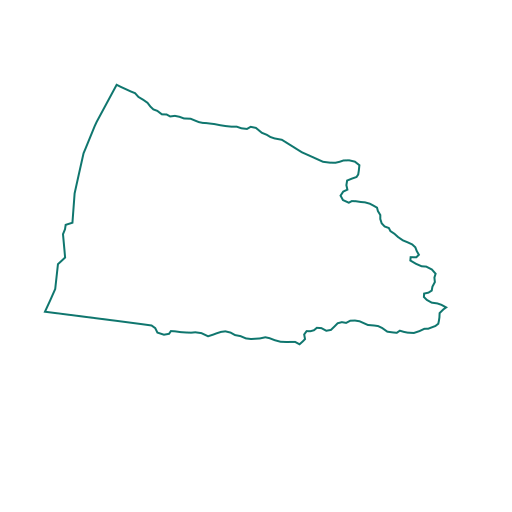 Novo Horizonte, Bahia, Brazil, rotated 289°
{"feature_id": "56859067B30979623458140", "entity_name": "Novo Horizonte", "entity_type": "district", "adm_level": 2, "iso_a3": "BRA", "parent_name": "Brazil", "parent_adm1": "Bahia", "projection": "equal_earth", "projection_center": [-42.118, -12.867], "detail": "fine", "context": "isolated", "style": "outline", "palette": "teal", "viewbox_px": 512, "rotation_deg": 289, "n_neighbors": 0, "source": "geoboundaries", "source_scale": "gbopen_adm2", "svg_char_len": 2433}
<svg xmlns="http://www.w3.org/2000/svg" viewBox="0 0 512 512"><g transform="rotate(289 256 256)"><path d="M372.5,68.5L331.1,61.7L326.4,61.2L301.4,59.8L297.0,59.5L274.6,62.0L256.2,64.1L227.7,71.6L223.5,65.9L219.1,66.7L213.8,66.4L198.7,73.2L192.4,76.0L187.5,73.4L183.8,71.4L159.4,76.9L146.5,75.8L134.6,74.6L148.1,139.6L149.1,144.3L151.2,154.6L154.5,170.8L156.3,179.9L155.0,184.2L151.5,187.7L151.6,194.6L154.1,199.1L157.3,200.0L158.4,203.9L159.5,209.6L161.0,215.1L162.4,219.7L164.1,223.4L165.3,229.5L164.5,236.8L167.8,241.2L169.9,243.7L172.9,247.7L174.8,251.6L175.3,256.9L174.4,261.9L175.2,267.4L174.8,273.3L175.9,278.4L177.3,281.7L179.3,286.5L182.2,291.3L182.7,295.4L182.5,301.1L182.9,307.1L184.6,312.8L186.0,316.7L187.5,321.0L186.7,325.9L190.6,328.1L193.4,329.4L197.5,327.1L201.4,328.3L202.7,332.1L204.7,335.0L207.9,336.9L209.1,341.3L208.2,346.8L210.5,350.9L215.0,353.2L219.0,355.1L221.4,358.7L222.1,363.0L225.5,366.2L227.2,370.6L228.0,375.2L227.2,384.2L228.8,390.6L229.5,394.3L229.0,398.7L227.2,404.8L228.3,410.3L229.2,414.1L232.2,416.3L232.4,420.6L232.9,424.3L234.6,430.3L238.2,435.0L242.0,438.9L243.3,442.5L245.9,445.6L248.2,448.4L251.3,450.4L254.5,450.0L257.7,449.4L261.8,448.2L266.6,450.6L269.3,452.5L270.2,447.2L270.2,442.9L269.1,437.3L270.1,431.8L271.9,428.1L275.2,427.2L277.5,431.0L280.5,433.4L284.5,432.8L289.6,433.6L293.7,431.7L297.7,431.6L300.5,426.7L301.4,420.4L300.2,415.9L300.7,409.8L302.0,403.4L305.2,402.6L307.0,408.0L310.2,409.6L313.0,406.4L316.1,403.8L317.8,399.9L318.3,394.9L318.6,389.8L320.1,384.3L322.1,379.6L323.3,375.0L325.7,372.5L325.8,368.0L327.8,364.2L331.4,361.5L335.2,360.2L338.2,356.6L341.1,354.7L341.9,350.5L342.5,346.6L342.2,341.5L341.2,337.6L340.3,332.6L339.1,328.7L336.6,326.4L337.2,320.0L340.6,316.3L345.3,317.5L348.5,320.8L352.4,318.4L357.0,317.6L360.5,321.6L363.4,325.3L366.3,326.1L370.3,325.4L375.5,324.2L377.4,318.8L376.8,312.9L374.8,307.6L372.3,304.4L370.0,300.7L368.3,295.4L366.9,288.7L369.0,265.6L374.3,242.6L373.2,235.2L373.2,230.8L374.1,226.8L374.4,221.4L377.1,214.2L376.4,208.9L373.2,206.1L372.0,200.6L372.0,195.7L370.3,190.7L369.0,185.1L368.0,179.6L367.2,173.7L366.3,169.6L365.5,165.8L364.5,162.3L364.0,158.4L364.2,154.4L364.5,149.5L362.6,143.1L362.7,138.3L362.1,133.7L360.0,129.4L360.7,125.4L359.3,120.9L361.1,115.4L361.2,111.2L362.9,107.5L365.5,103.6L366.9,98.8L368.1,93.1L370.6,88.6L370.8,84.1L371.3,79.2L371.9,73.0L372.5,68.5Z" fill="none" stroke="#0f766e" stroke-width="2"/></g></svg>